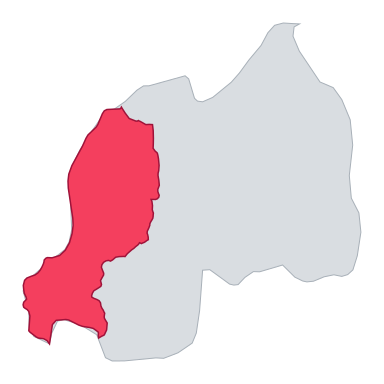 Western highlighted on a map of Rwanda
{"feature_id": "RWA-3492", "entity_name": "Western", "entity_type": "Province", "adm_level": 1, "iso_a3": "RWA", "parent_name": "Rwanda", "parent_adm1": "", "projection": "natural_earth1", "projection_center": [29.348, -2.109], "detail": "fine", "context": "in_parent", "style": "filled", "palette": "rose", "viewbox_px": 384, "rotation_deg": 0, "n_neighbors": 0, "source": "natural_earth", "source_scale": "10m", "svg_char_len": 3272}
<svg xmlns="http://www.w3.org/2000/svg" viewBox="0 0 384 384"><path d="M143.5,85.9L149.0,85.8L185.1,75.8L188.7,78.9L194.5,98.3L197.5,101.1L202.6,101.8L212.7,97.4L231.3,82.2L239.4,73.0L248.9,60.0L261.1,45.4L267.9,32.7L274.6,25.3L283.3,23.0L292.9,23.6L299.6,23.9L294.1,26.9L293.0,36.2L299.3,51.1L320.0,82.0L333.2,87.6L341.8,99.6L350.2,119.8L352.7,145.1L349.3,175.5L351.3,198.1L358.9,212.9L360.9,232.2L357.3,255.8L352.9,269.9L347.7,274.6L341.8,276.4L333.9,274.8L324.1,276.8L313.5,281.2L306.9,281.9L302.7,281.0L294.9,277.2L282.6,265.0L259.6,271.8L253.4,271.6L244.9,277.4L238.1,284.6L233.9,285.1L229.6,284.1L209.8,269.7L202.6,270.2L199.6,310.6L196.3,333.1L192.2,343.1L178.0,352.8L163.7,358.3L155.9,357.9L124.5,360.9L112.2,361.0L105.5,357.7L96.7,334.7L80.0,324.5L64.0,319.7L57.5,321.1L51.8,333.1L49.4,343.8L33.9,336.5L29.2,327.4L28.8,312.0L23.1,290.9L26.3,281.9L32.4,276.1L45.2,265.0L64.8,249.6L69.0,242.2L71.7,229.9L70.5,201.4L68.6,177.4L70.9,168.8L79.8,150.2L91.8,131.2L105.8,111.0L114.2,109.1L125.3,101.4L136.9,90.2L143.5,85.9Z" fill="#d9dde1" stroke="#a8b0b8" stroke-width="1"/><path d="M98.7,338.0L98.2,335.4L98.4,333.1L98.3,332.2L96.2,330.5L93.2,328.4L89.6,327.5L82.6,326.4L78.8,325.1L68.7,320.0L65.9,319.5L56.2,320.3L52.4,324.6L49.5,343.9L47.0,340.6L43.6,338.7L38.6,338.1L36.3,337.0L30.1,332.3L28.8,330.8L29.9,316.0L28.8,311.5L27.1,309.5L25.2,308.4L23.7,307.2L23.1,304.8L23.7,302.2L26.6,299.2L26.0,296.9L24.3,293.4L23.7,289.5L23.3,285.4L24.6,280.3L26.9,278.0L31.4,276.2L34.9,275.0L37.8,273.0L40.2,270.2L42.1,266.7L43.4,263.8L44.0,261.7L44.2,260.0L45.9,258.2L47.3,257.6L52.1,257.8L59.6,255.5L65.3,250.2L69.5,242.7L72.1,233.5L73.1,225.5L72.8,218.5L68.3,188.1L68.0,181.0L68.8,174.1L71.9,165.6L78.2,154.0L82.5,146.1L86.0,138.3L88.0,134.9L96.1,127.2L97.8,124.6L102.4,113.7L104.3,110.8L106.9,109.5L119.7,108.9L120.1,108.8L120.5,108.5L120.9,108.1L121.4,107.1L122.1,108.3L125.1,113.0L129.2,118.5L132.8,119.9L135.9,121.1L137.3,121.1L138.4,120.5L139.1,121.0L140.0,121.3L142.7,122.8L145.8,124.6L149.2,124.4L152.5,124.6L153.2,130.5L153.4,138.4L153.3,144.0L153.1,148.3L155.2,151.2L157.0,152.7L157.4,153.4L157.9,155.4L158.5,158.9L159.1,165.4L158.7,170.8L158.1,173.1L158.0,175.4L158.8,180.2L159.3,185.3L158.4,187.8L157.8,189.3L157.8,191.4L158.5,193.6L159.2,195.2L158.8,197.2L157.3,198.8L155.4,199.5L152.8,199.4L151.1,199.4L151.9,201.3L152.5,205.6L152.3,209.7L152.9,211.8L153.4,213.1L153.2,214.8L153.1,216.5L152.8,218.3L151.7,220.3L150.8,221.7L150.4,222.6L149.8,223.8L149.8,225.3L148.8,228.0L147.3,231.2L147.1,233.2L147.6,234.4L148.2,237.1L148.3,239.7L146.9,240.5L145.2,241.8L144.0,242.5L142.6,243.0L141.4,243.6L140.4,243.1L139.5,242.7L138.8,243.9L137.8,245.0L135.7,246.6L133.8,248.4L131.6,249.9L127.4,253.6L125.0,256.6L124.0,256.4L122.0,256.5L119.1,256.6L115.7,257.2L112.6,259.9L110.5,261.1L108.6,260.4L106.1,260.8L103.6,262.3L101.9,264.7L101.4,267.3L102.6,270.5L103.7,273.2L103.6,275.0L101.9,278.0L100.5,280.6L101.0,282.5L101.5,284.6L100.8,286.4L97.4,288.6L93.8,290.8L92.4,293.2L91.6,295.8L91.8,297.1L93.8,298.3L96.9,299.5L99.1,300.7L100.5,302.8L100.9,305.8L101.9,308.2L103.2,310.1L104.0,312.0L104.7,313.2L104.4,315.1L104.2,316.9L104.4,318.2L105.2,319.7L107.2,323.0L106.6,330.0L104.3,334.9L102.7,335.8L101.9,336.1L98.7,338.0Z" fill="#f43f5e" stroke="#9f1239" stroke-width="1.5"/></svg>